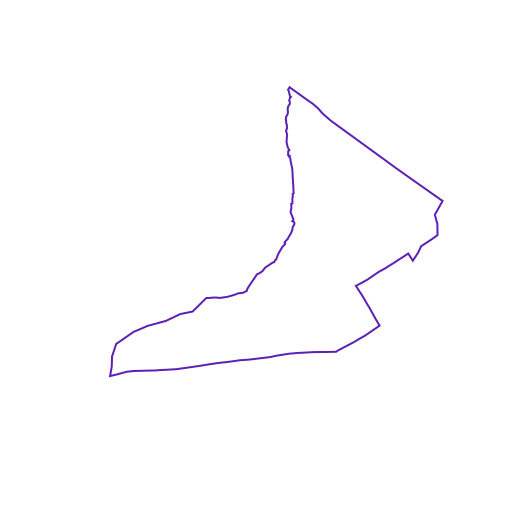 the district of Adenta Municipal, Greater Accra, Ghana, rotated 238°
{"feature_id": "2480657B26321648161032", "entity_name": "Adenta Municipal", "entity_type": "district", "adm_level": 2, "iso_a3": "GHA", "parent_name": "Ghana", "parent_adm1": "Greater Accra", "projection": "albers", "projection_center": [-0.12, 5.715], "detail": "fine", "context": "isolated", "style": "outline", "palette": "violet", "viewbox_px": 512, "rotation_deg": 238, "n_neighbors": 0, "source": "geoboundaries", "source_scale": "gbopen_adm2", "svg_char_len": 2594}
<svg xmlns="http://www.w3.org/2000/svg" viewBox="0 0 512 512"><g transform="rotate(238 256 256)"><path d="M304.5,329.5L302.7,328.5L300.0,327.1L298.1,326.0L296.7,325.3L294.0,323.8L289.3,321.2L289.3,320.1L286.3,318.3L285.7,317.4L284.7,316.9L281.3,314.7L281.5,313.4L277.8,311.4L276.8,310.2L274.5,308.4L271.9,308.0L267.5,307.2L266.8,306.9L266.3,305.3L264.5,306.2L263.4,306.0L262.6,305.3L261.8,303.8L261.1,302.6L260.2,301.6L259.1,300.9L256.6,297.5L254.7,293.5L253.8,292.4L252.6,287.8L252.2,287.3L251.4,287.5L250.8,287.2L250.4,286.0L249.7,283.0L248.3,280.5L248.0,279.8L245.8,275.7L242.4,271.3L242.2,269.8L241.1,268.0L241.6,266.8L241.5,264.3L241.4,261.4L241.3,258.3L241.3,257.5L239.7,253.3L239.6,249.4L240.0,247.3L238.4,243.7L236.9,240.3L234.8,235.5L232.6,231.0L231.3,229.7L231.7,225.8L232.1,224.6L233.7,221.3L234.3,218.2L234.7,216.4L236.6,209.8L237.5,207.9L238.6,205.4L239.4,203.4L240.8,201.6L242.1,199.8L243.3,197.9L244.4,195.7L245.8,193.0L246.7,191.6L242.5,172.8L246.9,161.0L248.7,145.2L254.2,127.0L254.8,122.8L256.0,115.2L256.5,112.2L256.1,103.3L255.5,90.8L247.0,80.6L238.7,75.1L233.6,70.5L231.5,68.6L229.2,75.5L226.3,85.1L223.4,91.1L216.5,102.9L212.5,109.6L209.6,115.1L207.3,119.2L202.3,128.3L198.6,136.6L193.2,148.8L190.5,155.2L186.1,165.5L183.7,170.6L182.1,173.8L179.4,179.7L175.9,187.6L175.1,189.0L172.4,194.1L171.3,196.3L165.0,209.7L164.1,211.6L162.9,214.2L161.4,218.3L160.2,221.5L156.3,230.7L155.1,233.3L151.6,240.1L143.7,254.4L136.9,265.5L132.3,273.2L132.4,274.3L132.4,275.9L132.2,278.3L132.1,279.8L132.0,281.5L131.1,293.2L131.0,299.5L130.7,305.9L130.9,311.9L131.1,316.3L131.2,319.0L131.5,323.9L139.8,324.1L152.6,324.8L155.9,324.8L156.3,324.8L165.9,325.1L177.7,324.9L176.9,337.4L177.5,351.6L177.1,359.5L177.1,360.6L177.1,369.9L177.2,372.3L177.4,386.4L171.2,386.5L168.9,386.5L172.8,395.0L176.8,401.3L177.0,413.1L177.5,421.0L187.1,426.8L196.2,429.5L203.8,443.4L233.2,431.0L257.5,420.8L259.1,420.2L279.5,412.0L331.2,391.1L341.9,387.9L348.2,386.9L354.8,384.9L360.8,382.3L381.3,373.9L380.1,371.6L380.0,371.3L378.8,371.2L373.7,369.6L372.4,369.9L372.4,368.9L370.3,366.6L368.6,366.3L367.0,365.2L366.1,363.2L365.7,362.4L363.8,360.7L361.2,359.4L360.5,358.9L359.6,358.0L358.7,356.6L358.6,356.4L358.2,355.3L356.5,354.3L355.8,353.4L354.2,353.1L353.6,352.4L352.3,351.9L351.3,351.9L350.3,351.3L347.8,350.0L346.5,347.9L344.9,347.5L342.1,346.5L339.4,344.4L336.3,342.2L334.5,341.6L331.7,340.6L328.0,340.3L328.1,339.2L326.9,338.2L325.9,337.7L324.4,336.6L323.0,337.7L322.4,336.7L320.7,336.9L317.5,335.4L316.0,334.9L310.2,332.7L306.4,330.6L304.5,329.5Z" fill="none" stroke="#5b21b6" stroke-width="2"/></g></svg>